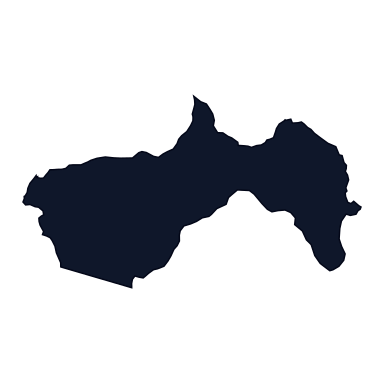 Kalo Chorio Lemesou, Limassol, Cyprus (Equal Earth projection)
{"feature_id": "46923920B64669824717962", "entity_name": "Kalo Chorio Lemesou", "entity_type": "district", "adm_level": 2, "iso_a3": "CYP", "parent_name": "Cyprus", "parent_adm1": "Limassol", "projection": "equal_earth", "projection_center": [33.03, 34.846], "detail": "fine", "context": "isolated", "style": "filled", "palette": "ink", "viewbox_px": 384, "rotation_deg": 0, "n_neighbors": 0, "source": "geoboundaries", "source_scale": "gbopen_adm2", "svg_char_len": 2385}
<svg xmlns="http://www.w3.org/2000/svg" viewBox="0 0 384 384"><path d="M285.1,119.8L284.0,121.0L279.3,124.0L276.5,128.5L275.4,132.2L273.5,137.7L269.8,139.3L266.9,140.0L265.3,142.6L261.3,145.0L256.6,145.6L251.5,147.4L248.0,146.2L244.1,145.8L238.2,145.4L237.8,142.3L231.7,137.9L228.0,136.4L222.9,132.9L217.6,132.7L213.3,125.8L214.3,120.3L212.7,114.0L210.2,109.8L206.4,104.0L200.6,101.7L193.8,96.3L194.6,99.8L194.9,104.4L193.7,109.0L192.3,114.1L193.0,116.7L193.0,118.4L192.9,120.9L190.6,125.7L186.8,131.6L181.7,135.7L178.7,139.3L177.1,143.7L173.2,149.1L167.4,151.7L163.1,154.0L158.5,157.4L153.6,156.4L146.3,152.5L141.9,151.6L138.8,152.7L132.5,158.0L120.8,158.2L113.8,157.9L105.3,157.0L97.0,158.3L90.9,160.3L87.8,162.0L84.6,163.3L81.0,164.9L76.9,164.9L72.7,164.9L69.3,165.2L65.8,168.4L61.9,169.3L57.4,169.4L53.8,169.7L49.9,169.8L48.1,172.5L45.9,175.0L43.5,178.1L40.7,178.3L37.0,177.6L37.5,176.6L36.3,176.7L36.1,175.6L33.8,178.7L30.0,183.3L27.9,188.2L27.2,192.5L25.2,195.9L24.2,196.4L24.3,198.7L23.0,202.0L25.6,204.9L30.1,204.5L35.1,206.7L38.6,207.2L43.0,210.9L43.7,214.8L41.3,216.1L38.9,218.1L39.1,221.5L40.1,225.1L43.6,231.5L42.5,234.6L46.5,235.9L50.2,237.7L52.2,240.6L55.0,246.2L56.4,252.8L60.7,262.7L60.8,266.9L63.1,267.6L131.7,287.7L131.7,286.5L131.6,283.6L132.4,279.3L134.9,276.0L139.2,277.2L143.2,277.9L145.5,276.0L148.4,273.4L153.5,269.7L157.4,268.8L160.1,267.8L164.0,266.2L168.0,260.9L170.9,255.9L173.9,249.3L177.1,245.7L179.4,241.0L179.3,235.1L180.2,230.8L183.9,225.9L190.6,223.9L196.5,221.4L202.3,217.8L208.9,216.4L211.4,214.4L216.8,208.6L226.1,204.3L228.5,197.5L231.8,194.6L237.4,189.9L249.4,190.5L254.1,194.1L262.0,203.6L267.4,209.3L271.9,211.8L278.0,210.6L285.0,210.0L290.7,212.5L295.4,217.9L294.7,224.6L302.4,231.0L306.4,239.8L311.2,244.6L314.8,255.6L320.3,263.5L327.4,268.9L329.8,270.7L332.9,269.8L338.9,266.3L343.7,260.3L345.1,253.9L341.6,246.5L339.1,238.9L339.8,228.5L341.4,221.1L346.1,214.1L350.3,215.4L356.0,214.2L357.9,210.8L360.2,209.2L361.0,207.0L358.9,205.8L353.7,201.3L351.0,203.6L347.8,202.4L345.6,196.6L345.2,192.8L346.9,191.0L345.8,187.9L346.7,185.3L348.6,179.9L347.5,175.1L345.3,171.4L346.2,168.7L346.4,165.3L344.0,162.6L342.1,155.6L339.2,154.9L335.8,146.7L327.9,143.3L319.8,137.4L314.4,133.3L310.9,129.4L307.6,127.5L304.1,124.0L301.4,122.0L298.0,122.8L292.4,123.1L290.8,119.2L285.8,120.3L285.1,119.8Z" fill="#0f172a" stroke="#020617" stroke-width="1.5"/></svg>